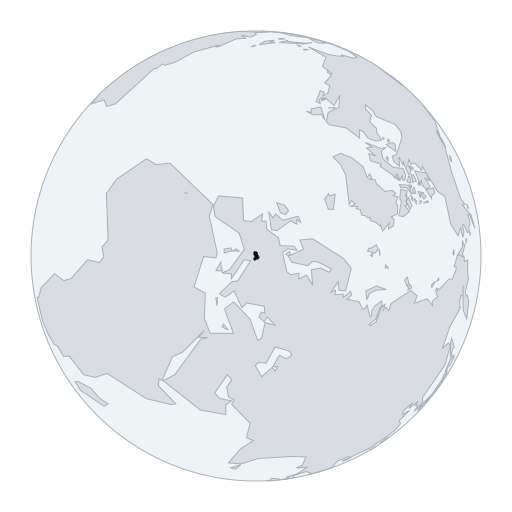 globe centered on Tirol, rotated 85°
{"feature_id": "AUT-2329", "entity_name": "Tirol", "entity_type": "State", "adm_level": 1, "iso_a3": "AUT", "parent_name": "Austria", "parent_adm1": "", "projection": "orthographic", "projection_center": [11.6, 47.192], "detail": "fine", "context": "on_globe", "style": "filled", "palette": "ink", "viewbox_px": 512, "rotation_deg": 85, "n_neighbors": 0, "source": "natural_earth", "source_scale": "10m", "svg_char_len": 12091}
<svg xmlns="http://www.w3.org/2000/svg" viewBox="0 0 512 512"><g transform="rotate(85 256 256)"><circle cx="256" cy="256" r="225" fill="#eef3f6" stroke="#a8b0b8"/><path d="M75.4,121.3L101.8,92.0L88.0,106.0L95.5,97.9L95.4,98.0L109.0,85.5L118.7,77.6L136.7,66.3L152.2,62.3L146.0,65.4L150.5,64.5L158.5,60.7L162.7,58.5L188.9,53.9L216.2,47.3L222.8,43.4L223.0,46.1L234.2,38.1L247.7,35.5L233.6,39.7L233.1,41.2L242.9,39.8L244.5,41.2L250.1,41.5L251.1,43.4L242.8,46.3L243.3,47.7L250.2,46.7L255.5,48.4L245.3,49.6L253.6,52.8L241.3,59.2L213.1,62.7L207.4,69.6L181.3,82.4L184.8,83.5L177.2,89.8L178.3,93.6L173.2,95.4L178.6,96.9L183.1,94.6L186.9,94.6L188.0,96.8L181.6,99.3L180.2,98.5L178.9,100.4L175.2,100.8L177.6,101.9L169.8,104.9L179.1,105.2L174.1,110.4L168.5,111.6L167.1,107.1L150.6,100.3L144.5,100.9L137.2,105.9L127.6,124.0L121.6,126.9L114.9,133.9L119.1,134.1L125.8,128.7L131.8,131.2L139.3,124.9L142.9,125.2L151.4,120.8L152.1,126.4L148.3,134.3L141.3,138.3L139.4,142.1L147.7,142.5L136.3,154.8L131.7,171.4L128.5,174.3L119.3,171.6L115.0,160.3L103.1,158.7L112.9,165.0L104.8,173.0L104.3,176.7L105.9,179.5L109.8,178.6L107.5,182.7L96.9,177.6L98.9,173.8L102.2,175.3L100.1,170.3L93.0,167.7L89.5,172.4L82.4,165.0L79.8,168.5L76.8,169.1L81.4,163.9L72.9,173.3L64.0,168.9L52.3,185.6L61.6,166.3L63.6,158.7L64.9,151.3L62.9,153.8L67.4,141.9L66.8,137.9L59.7,146.6L52.6,159.6L48.3,171.3L50.2,169.4L48.8,176.7L43.0,185.0L39.5,201.8L35.9,211.2L34.0,221.2L33.9,227.1L33.4,237.5L35.3,236.5L37.5,241.7L35.1,250.9L38.2,247.5L38.0,256.7L43.8,273.7L42.7,274.5L47.2,299.7L56.0,319.8L58.0,330.0L56.5,332.2L60.5,338.7L60.6,341.5L79.7,366.3L92.4,383.1L94.0,391.8L87.2,393.5L90.1,406.4L80.4,397.1L80.7,397.5L71.2,384.8L62.6,371.5L55.0,357.7L48.3,343.3L42.7,328.5L38.1,313.3L34.7,297.9L32.3,282.3L31.0,266.5L30.8,250.6L31.3,249.4L33.1,234.5L33.5,228.9L32.7,229.6L35.9,209.0L39.5,195.4L51.1,162.3L58.3,148.1L66.4,134.4L75.4,121.3ZM48.9,190.0L45.3,214.3L44.1,205.8L44.9,206.2L46.5,198.8L48.4,188.0L48.3,181.4L48.9,190.0ZM54.5,189.0L54.9,185.5L55.0,188.3L54.5,189.0ZM164.3,57.4L158.5,60.6L150.7,63.8L155.3,60.9L164.3,57.4ZM179.5,52.7L177.2,54.2L172.4,54.4L175.2,53.4L179.5,52.7ZM227.2,40.6L222.2,41.7L226.6,40.2L227.2,40.6ZM250.7,41.2L251.6,40.6L254.2,41.0L250.7,41.2ZM150.4,118.2L150.8,119.5L149.0,119.6L150.4,118.2ZM153.6,115.1L151.1,114.3L152.3,112.8L153.8,113.3L153.6,115.1ZM258.0,44.5L261.8,45.8L256.5,45.0L258.0,44.5ZM156.3,116.6L154.7,110.2L156.8,107.7L164.2,107.6L156.3,116.6ZM263.0,46.8L272.3,50.2L275.2,48.8L272.3,55.0L265.4,49.8L258.4,48.9L262.7,48.2L263.0,46.8ZM184.0,93.0L179.3,95.5L182.2,91.5L184.0,93.0ZM184.9,90.4L188.4,78.9L196.0,76.6L193.3,80.7L202.2,76.5L204.2,80.9L199.7,84.3L194.5,84.8L199.2,86.2L184.9,90.4ZM269.2,58.1L270.2,59.5L267.5,58.6L269.2,58.1ZM188.7,94.3L188.7,92.1L195.3,89.8L196.4,94.0L193.9,93.3L188.7,94.3ZM203.6,73.3L208.7,72.6L211.7,75.9L214.0,76.2L204.9,80.9L203.6,73.3ZM193.0,95.0L196.8,96.2L194.8,99.3L189.1,96.4L193.0,95.0ZM196.5,87.6L199.7,86.8L198.3,88.5L196.5,87.6ZM189.5,111.6L189.4,108.6L192.8,107.1L189.5,111.6ZM198.4,96.5L199.1,95.4L200.4,94.6L202.4,96.1L198.4,96.5ZM207.7,83.0L207.8,84.7L211.5,81.3L213.9,83.9L207.4,86.7L211.2,86.6L212.0,87.4L205.8,88.8L207.7,83.0ZM208.5,95.2L201.0,100.0L200.5,105.7L197.4,107.1L198.8,97.8L208.5,95.2ZM207.4,91.3L207.4,94.0L203.6,94.2L201.4,92.5L207.4,91.3ZM217.9,84.8L215.9,80.0L217.4,79.6L217.9,84.8ZM209.1,96.7L210.9,95.6L209.5,97.1L209.1,96.7ZM216.0,88.3L215.1,86.6L216.9,86.2L216.0,88.3ZM215.2,94.8L212.8,96.2L211.1,95.1L215.2,94.8ZM216.2,91.8L218.8,91.6L212.0,93.7L215.5,91.1L216.2,91.8ZM217.8,88.2L218.5,87.4L217.9,89.0L217.8,88.2ZM222.8,98.6L214.7,101.6L211.1,98.9L219.4,96.3L222.8,98.6ZM481.1,246.2L481.0,249.2L479.8,243.1L478.8,244.6L476.5,233.6L470.9,223.7L470.7,234.2L468.3,228.0L460.5,223.7L458.8,238.7L457.9,271.7L461.8,288.7L459.7,301.5L447.1,288.6L439.6,274.8L436.2,281.3L422.2,276.4L401.5,293.3L397.5,290.3L393.8,295.7L383.8,296.5L377.3,290.9L371.7,294.8L388.8,309.0L394.7,304.8L398.1,293.1L401.9,299.2L411.4,299.8L404.6,324.8L372.1,359.4L367.3,347.4L333.8,318.2L333.8,313.2L333.6,312.7L333.1,311.9L331.8,320.4L325.5,313.8L345.2,337.2L349.2,348.1L371.7,360.5L370.0,363.4L376.7,364.5L396.2,348.8L396.7,353.2L388.5,377.8L360.0,414.5L362.9,426.8L359.2,438.0L339.5,450.8L339.2,456.5L328.6,461.5L326.6,464.6L317.0,469.3L301.8,474.4L278.0,477.7L278.1,476.1L268.6,472.6L256.2,458.2L263.8,449.5L262.4,442.2L245.0,424.0L248.9,412.7L243.9,407.7L233.7,408.6L227.6,402.2L221.3,401.6L180.7,399.6L167.5,388.4L149.6,356.6L156.3,347.4L156.0,333.6L200.9,294.4L212.2,299.0L249.5,294.4L254.4,296.2L251.9,308.2L281.4,320.4L288.7,309.7L313.5,312.9L328.9,308.5L331.1,285.2L305.9,292.0L299.8,282.2L318.5,267.4L340.2,261.7L338.5,257.7L323.2,252.7L326.6,243.0L317.7,250.2L322.5,253.5L317.1,258.3L312.4,255.7L313.8,252.2L306.8,252.1L301.9,269.4L306.3,274.5L288.9,280.9L294.4,290.3L290.3,295.7L279.4,282.1L279.2,276.3L260.2,261.7L258.8,268.2L276.6,282.6L271.7,281.9L269.9,291.6L267.5,283.7L248.4,267.0L231.7,270.8L213.1,293.3L202.7,294.1L192.9,288.0L197.0,264.3L219.6,265.4L221.4,257.8L214.5,245.8L222.0,247.4L222.0,242.9L230.3,242.8L239.8,232.1L247.9,231.0L249.5,217.1L253.9,214.8L251.7,223.5L254.5,229.3L274.4,226.7L277.6,223.3L277.0,214.7L282.6,215.4L279.5,207.4L289.9,202.1L274.6,202.1L273.5,192.8L278.6,184.7L275.5,181.8L267.2,195.1L266.4,200.6L270.1,205.1L265.4,220.8L259.0,224.0L253.5,208.1L243.9,211.0L243.8,198.0L266.3,168.8L276.7,162.2L298.5,169.8L297.3,176.2L288.9,176.4L298.6,184.4L296.9,179.8L301.5,180.6L301.6,172.5L304.9,172.7L299.4,164.8L303.5,164.2L306.9,169.2L310.5,157.4L318.3,154.4L317.5,151.7L314.5,149.7L326.4,147.6L325.3,145.8L321.0,145.6L316.1,142.0L311.9,134.9L316.3,134.5L318.4,137.0L329.2,142.1L334.1,149.3L335.5,148.5L332.3,142.3L319.0,136.0L315.3,131.8L321.8,133.9L319.2,132.8L318.7,130.7L322.3,128.4L315.2,125.8L303.9,104.7L309.8,98.8L316.8,102.6L313.6,89.1L320.4,84.5L316.4,84.3L312.2,78.3L310.0,79.6L307.7,79.1L295.8,65.7L296.3,62.7L286.7,57.7L284.6,57.7L283.7,59.6L272.3,55.0L275.2,48.8L279.7,49.0L278.4,45.4L288.9,46.6L297.0,46.3L309.2,50.4L314.5,50.2L313.4,48.9L319.8,48.0L336.9,51.6L328.0,54.4L303.3,52.3L313.8,53.4L312.9,55.0L317.6,56.7L324.9,57.6L324.8,56.5L344.0,69.4L364.4,78.3L359.4,71.9L362.0,70.2L380.9,77.2L411.7,102.5L415.5,102.5L419.5,105.6L424.6,112.1L418.9,107.7L419.0,110.5L415.0,107.3L421.3,117.0L415.9,112.9L423.4,123.0L426.7,123.9L423.2,116.4L432.1,127.5L435.8,126.8L442.4,133.6L457.3,159.1L463.1,175.6L464.7,179.0L463.8,180.9L467.4,192.7L473.1,198.8L474.7,203.6L478.3,223.0L477.5,219.8L475.1,224.7L478.2,238.2L480.2,237.4L480.9,243.4L481.1,246.2ZM187.6,318.0L186.9,322.2L186.9,322.3L187.6,318.0ZM364.9,266.4L376.8,260.8L368.5,249.7L372.3,246.8L368.1,244.2L367.8,248.9L356.9,241.4L361.0,234.5L358.0,229.0L353.8,230.7L348.2,244.8L363.7,255.4L362.3,262.5L364.9,266.4ZM44.0,274.1L44.4,278.0L43.3,275.3L44.0,274.1ZM42.3,208.0L42.3,211.8L41.8,215.0L41.4,212.7L42.3,208.0ZM46.5,238.1L47.3,242.9L45.8,239.4L46.5,238.1ZM45.1,218.0L45.8,234.6L42.9,228.9L42.7,218.6L43.8,223.5L45.1,218.0ZM51.1,192.3L50.8,195.2L49.7,196.1L51.1,192.3ZM54.6,191.1L54.5,190.4L55.4,188.0L54.6,191.1ZM105.4,173.2L106.2,173.8L107.1,177.2L105.1,176.7L105.4,173.2ZM120.3,186.9L116.2,193.2L117.8,188.2L114.3,188.4L113.2,178.5L126.8,175.3L120.8,178.3L120.3,186.9ZM115.5,164.9L114.7,171.2L115.1,164.5L115.5,164.9ZM213.7,219.6L217.2,222.8L215.1,227.9L204.8,230.7L207.8,223.1L213.7,219.6ZM222.7,226.2L220.1,210.4L226.4,208.5L223.3,212.2L227.8,212.5L224.0,218.6L232.5,232.7L231.2,238.3L212.9,239.5L219.6,235.8L215.7,232.8L222.7,226.2ZM202.5,177.6L201.4,171.8L216.4,174.9L215.6,180.0L205.3,182.7L200.2,178.3L202.5,177.6ZM169.7,118.1L168.4,116.6L170.1,115.8L172.7,116.4L169.7,118.1ZM189.2,110.3L177.5,124.5L175.4,123.3L171.1,133.7L163.8,134.7L166.8,127.9L158.0,136.7L157.7,130.9L152.4,137.4L159.8,122.0L159.3,117.5L162.7,122.1L169.4,121.2L172.2,119.5L179.6,111.4L181.7,101.9L188.7,99.9L193.1,101.0L193.7,103.0L188.9,103.6L193.1,105.9L186.7,108.3L189.2,110.3ZM240.7,121.8L235.0,120.6L242.2,127.6L235.8,129.2L237.1,129.9L233.2,133.4L230.6,139.1L227.4,139.0L227.8,141.3L225.2,143.8L224.6,147.0L218.7,148.2L217.6,152.2L215.4,150.5L215.0,157.3L212.7,152.8L209.1,156.0L213.2,158.6L182.9,159.6L171.9,164.1L164.0,170.6L161.1,162.7L166.7,151.9L176.5,141.4L187.4,138.4L184.1,135.7L188.4,133.5L189.2,136.6L190.5,130.7L194.3,129.8L203.0,121.8L202.5,114.3L205.7,111.4L207.8,113.9L209.5,109.3L215.6,112.2L218.0,110.3L226.3,111.5L228.9,117.9L231.4,115.3L237.9,116.4L240.7,121.8ZM225.1,99.1L229.6,105.9L228.3,110.2L214.3,106.4L211.2,107.7L202.2,105.9L204.3,99.7L206.7,100.8L209.5,100.4L207.7,102.4L211.2,100.5L214.6,102.0L218.3,101.0L218.7,103.4L225.1,99.1ZM259.0,291.5L262.6,291.8L268.1,290.8L267.0,297.1L259.0,291.5ZM245.8,280.3L248.9,279.4L250.1,287.3L246.3,287.2L245.8,280.3ZM249.6,272.3L249.0,278.7L247.1,275.2L249.6,272.3ZM254.5,222.4L257.7,221.1L258.4,223.0L257.1,226.2L254.5,222.4ZM260.9,144.5L257.9,142.7L258.6,141.5L255.2,135.1L259.7,133.6L263.5,136.9L260.9,144.5ZM327.4,290.3L323.6,295.9L321.0,294.5L322.9,292.8L327.4,290.3ZM294.3,297.9L302.4,299.2L294.0,299.6L294.3,297.9ZM265.3,141.9L263.3,139.3L266.8,140.2L265.3,141.9ZM262.8,132.3L266.6,132.7L259.8,132.7L262.8,132.3ZM392.4,420.4L374.6,442.6L365.5,447.1L365.6,443.9L373.3,432.1L384.5,423.8L390.4,416.0L392.4,420.4ZM481.2,263.2L478.9,259.5L479.8,253.8L481.2,250.1L481.2,263.2ZM462.6,289.4L466.4,294.8L464.8,299.7L462.6,289.4ZM466.9,183.2L468.0,188.2L466.9,186.2L464.9,178.7L466.9,183.2ZM447.5,139.7L451.7,145.6L453.4,148.5L451.8,146.7L447.5,139.7ZM300.7,129.0L300.5,139.2L303.2,146.2L309.4,149.4L300.6,149.6L296.3,138.7L300.7,129.0ZM303.1,107.6L297.6,105.3L300.0,103.7L301.6,104.1L303.1,107.6ZM299.8,108.0L293.2,110.1L290.1,107.2L296.0,106.1L299.8,108.0ZM279.4,125.4L279.0,128.4L276.2,127.6L279.4,125.4ZM459.8,159.9L457.9,156.1L455.9,152.2L456.6,153.5L459.8,159.9ZM417.8,100.8L415.4,99.1L412.3,95.5L414.8,97.7L417.8,100.8ZM399.9,83.5L410.7,94.0L419.0,103.3L418.7,102.3L424.7,108.2L422.6,107.5L413.3,97.9L407.9,91.7L402.6,87.6L395.8,81.7L390.3,78.7L385.9,75.5L389.2,76.4L399.9,83.5ZM388.2,77.7L376.2,71.8L372.4,67.3L374.1,67.6L381.2,72.0L382.8,74.1L388.2,77.7ZM372.2,69.1L373.6,71.2L359.0,69.7L355.0,68.3L364.0,66.4L365.9,68.4L370.1,69.8L372.2,69.1ZM272.3,59.0L270.4,59.5L270.9,58.2L272.3,59.0ZM306.6,80.0L303.7,79.1L304.4,77.5L306.6,80.0ZM295.8,75.9L297.1,78.4L293.9,75.9L295.8,75.9ZM300.3,84.0L296.8,79.4L302.7,83.6L300.3,84.0Z" fill="#d9dde1" stroke="#a8b0b8" stroke-width="1"/><path d="M252.1,257.3L252.0,257.2L251.9,257.1L252.0,257.0L252.0,256.9L252.1,256.7L252.1,256.4L252.2,256.2L252.3,256.1L252.3,255.9L252.2,255.8L252.2,255.6L252.4,255.6L252.5,255.5L252.7,255.4L252.8,255.3L252.8,255.2L252.9,254.9L252.9,254.6L253.0,254.4L253.0,254.5L253.3,254.5L253.7,254.7L253.8,254.7L254.0,254.7L254.0,254.8L254.3,255.0L254.6,255.2L254.9,255.1L255.0,255.1L255.3,255.0L255.4,254.9L255.5,254.8L255.6,254.7L255.6,254.8L255.8,254.8L255.9,254.7L256.0,254.6L256.0,254.4L256.2,254.5L256.4,254.5L256.6,254.5L256.6,254.4L256.9,254.4L257.5,254.4L257.6,254.2L257.6,253.9L257.7,254.0L257.8,254.0L258.0,254.1L258.3,254.2L258.4,254.3L258.5,254.3L258.5,254.2L258.6,254.3L258.8,254.4L258.8,254.5L258.9,254.8L258.8,255.0L258.7,255.1L258.4,255.2L258.4,255.3L258.2,255.5L258.0,255.4L257.9,255.4L257.8,255.5L257.5,255.6L257.4,255.6L257.3,255.9L257.3,256.0L257.4,256.3L257.1,256.6L256.9,256.6L256.7,256.7L256.6,256.8L256.4,256.8L256.2,256.8L255.9,256.8L255.7,256.8L255.7,256.7L255.6,256.8L255.4,256.9L255.2,256.8L254.9,256.9L254.6,257.1L254.6,257.3L254.5,257.5L254.4,257.6L254.2,257.6L253.9,257.6L253.7,257.6L253.7,257.4L253.4,257.3L253.1,257.4L252.9,257.3L252.9,257.2L252.8,256.9L252.7,256.8L252.7,256.7L252.6,256.8L252.5,257.0L252.4,257.0L252.2,257.2L252.1,257.3L252.1,257.3ZM258.3,258.0L258.2,258.0L258.1,257.9L258.0,257.7L257.9,257.6L257.8,257.4L257.7,257.2L257.4,257.1L257.5,257.1L257.4,257.0L257.4,256.9L257.4,256.7L257.6,256.6L257.7,256.4L257.9,256.3L258.1,256.2L258.3,256.1L258.5,256.2L258.8,256.3L259.1,256.5L259.0,256.8L259.2,257.0L259.3,257.0L259.3,257.3L259.5,257.4L259.6,257.6L259.4,257.6L259.1,257.7L259.0,257.8L258.9,258.1L258.6,258.1L258.4,258.0L258.3,258.0Z" fill="#0f172a" stroke="#020617" stroke-width="1.5"/></g></svg>